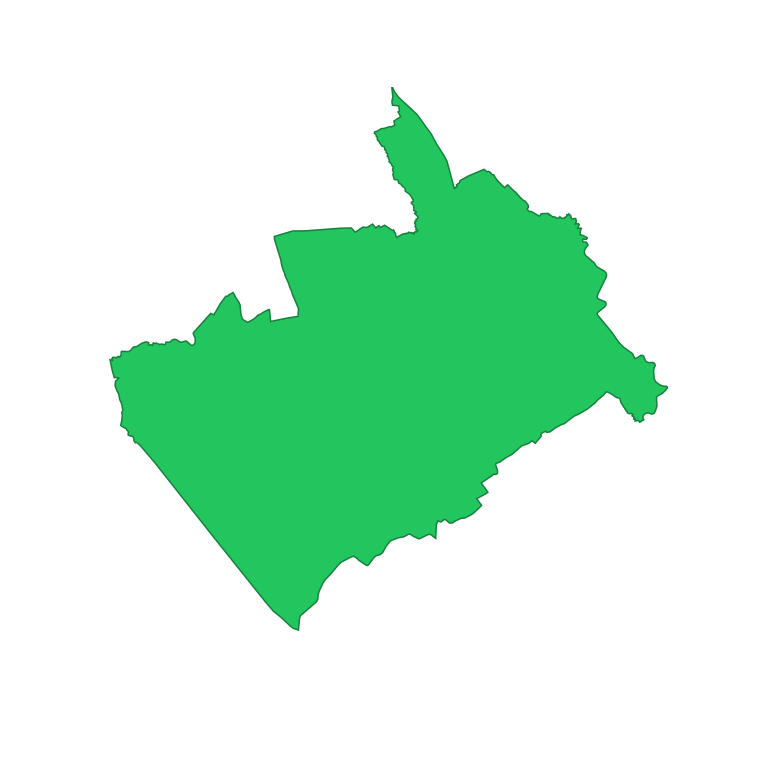 Chian Yai, Nakhon Si Thammarat, Thailand (orthographic projection), rotated 38°
{"feature_id": "78962969B18712329384624", "entity_name": "Chian Yai", "entity_type": "district", "adm_level": 2, "iso_a3": "THA", "parent_name": "Thailand", "parent_adm1": "Nakhon Si Thammarat", "projection": "orthographic", "projection_center": [100.156, 8.119], "detail": "fine", "context": "isolated", "style": "filled", "palette": "green", "viewbox_px": 768, "rotation_deg": 38, "n_neighbors": 0, "source": "geoboundaries", "source_scale": "gbopen_adm2", "svg_char_len": 6170}
<svg xmlns="http://www.w3.org/2000/svg" viewBox="0 0 768 768"><g transform="rotate(38 384 384)"><path d="M424.7,628.7L436.6,631.1L446.7,631.3L459.1,632.4L462.9,632.4L468.1,630.6L461.5,620.3L460.8,617.9L464.9,597.2L464.4,594.5L462.0,590.8L460.4,587.0L458.3,577.5L458.2,573.6L459.0,566.6L459.4,553.7L459.9,551.0L463.9,541.8L466.0,538.4L470.1,538.0L472.4,538.4L480.6,537.9L482.1,537.6L482.8,537.1L483.1,536.2L483.0,525.7L483.6,524.2L486.0,520.8L486.8,517.9L485.6,510.6L485.6,504.3L486.4,502.1L490.2,496.1L493.6,492.3L495.9,487.2L497.1,486.2L500.8,486.0L506.6,484.6L507.4,483.9L511.1,476.1L512.5,474.5L513.8,473.8L519.8,473.9L511.5,462.0L510.9,458.6L513.8,457.7L514.7,454.1L515.7,453.0L521.4,453.2L523.5,451.4L524.2,448.8L527.3,442.6L530.3,439.7L533.5,432.5L534.3,429.3L535.7,419.6L527.6,417.3L531.6,408.3L532.5,405.3L521.5,402.1L525.6,389.6L525.8,387.6L527.9,386.4L528.4,384.5L526.6,382.2L521.7,378.9L521.1,377.8L523.3,374.3L525.0,368.2L528.2,360.5L530.6,348.0L534.7,341.5L535.6,337.8L539.7,337.5L540.0,328.8L539.8,327.8L538.8,327.4L538.5,326.8L538.9,324.8L540.4,321.9L542.1,321.9L544.2,319.6L546.0,313.2L549.0,306.4L550.4,304.4L553.7,291.9L555.9,288.0L559.5,279.0L561.9,269.3L562.2,264.7L563.8,258.0L564.0,253.5L565.1,252.7L569.8,251.8L575.5,251.5L578.0,250.3L579.3,250.6L581.8,252.6L587.4,254.7L588.4,254.7L589.1,255.4L590.0,255.1L590.8,255.9L592.1,256.2L592.7,256.0L593.6,256.9L595.8,256.4L596.1,255.7L597.5,254.7L599.1,254.9L598.7,255.9L599.0,256.4L601.0,256.0L602.2,257.9L602.9,257.8L603.6,257.0L604.6,258.6L606.1,256.8L607.5,256.3L608.9,256.7L609.7,255.6L609.6,254.1L610.4,253.4L610.8,252.3L609.0,251.4L608.3,250.4L607.7,248.5L608.1,246.3L609.8,244.2L613.7,242.8L614.9,240.9L614.4,238.0L612.7,233.4L607.6,227.6L606.8,226.0L607.1,224.3L609.0,220.4L609.6,217.0L609.7,212.7L609.1,211.9L607.9,211.9L605.2,213.9L601.7,214.9L597.3,215.0L595.0,214.3L593.3,213.1L588.4,207.7L586.9,205.0L586.4,202.4L584.3,201.1L582.5,201.6L579.2,204.3L577.3,204.9L575.8,204.7L571.6,202.3L570.1,202.3L568.8,203.2L567.5,207.3L566.0,209.5L561.2,207.1L549.9,207.5L543.3,206.6L531.8,203.0L509.6,198.1L508.6,197.3L508.4,196.2L510.4,187.3L510.3,185.3L509.5,183.9L508.1,183.0L500.5,185.0L499.2,184.8L498.1,183.9L497.1,181.0L493.2,162.6L491.8,160.5L490.0,159.6L488.5,159.4L479.3,160.6L475.1,159.1L463.5,158.6L461.4,157.5L459.9,155.7L459.2,152.9L459.3,148.9L456.0,147.6L454.0,149.3L452.9,149.2L451.7,148.2L451.7,146.8L453.2,146.5L454.4,145.5L454.4,144.2L453.9,143.5L448.8,144.6L446.7,145.7L444.1,141.7L443.9,140.0L443.1,140.0L440.7,142.2L439.8,138.3L438.3,138.0L436.2,140.2L435.5,137.5L433.2,135.6L432.0,136.4L431.3,137.7L429.9,138.2L427.6,136.5L424.9,136.1L425.0,137.3L423.8,137.9L424.7,138.6L424.2,140.8L424.5,141.7L423.6,141.9L423.3,143.2L422.0,144.0L419.6,143.9L419.8,145.2L418.1,147.1L416.5,147.0L414.7,147.6L414.3,148.4L410.8,148.5L410.2,149.2L409.1,148.3L408.5,148.4L403.0,153.0L403.3,155.4L402.7,156.2L394.2,157.3L392.0,158.7L388.9,158.0L389.1,156.2L387.7,154.4L382.7,153.0L381.1,153.5L376.8,153.2L369.6,151.8L368.5,152.0L359.1,150.9L358.7,151.1L358.1,155.1L348.4,153.9L343.6,152.5L342.2,151.7L341.4,151.7L340.3,152.5L337.7,151.8L335.4,152.1L334.4,153.4L330.7,153.2L322.6,167.8L319.2,175.6L318.7,177.3L319.6,178.9L318.5,182.4L319.9,183.0L318.9,186.5L296.5,169.7L290.3,166.9L278.4,162.8L267.5,158.0L243.8,151.2L218.9,149.1L212.5,147.3L208.4,145.2L207.8,145.7L214.1,152.2L216.3,156.5L219.0,159.1L224.4,155.7L228.0,159.3L227.5,160.9L232.5,163.1L229.9,170.7L233.1,173.5L231.3,177.2L230.2,177.5L226.8,182.4L224.6,184.5L222.6,189.8L221.5,190.7L221.9,192.2L224.4,192.6L225.5,193.6L226.8,193.5L227.6,194.9L229.1,195.9L231.1,195.9L232.1,196.7L236.1,197.8L237.7,196.9L239.6,197.9L240.2,198.9L241.7,198.7L243.3,200.4L245.3,200.3L246.2,202.5L247.7,202.6L248.7,203.5L250.2,204.1L251.2,205.8L254.0,205.9L255.8,207.0L257.9,207.4L258.8,210.0L261.3,211.4L262.0,213.5L266.0,216.4L266.7,216.4L268.3,215.1L269.6,214.8L271.9,216.7L274.2,216.1L276.5,216.8L279.8,216.8L282.3,219.0L287.2,218.7L290.9,219.8L294.1,221.3L294.5,221.9L293.7,223.8L294.0,224.6L297.3,225.1L299.5,227.2L300.5,228.9L303.5,228.5L303.9,229.3L303.1,230.0L303.2,230.7L307.8,231.4L308.6,233.0L307.8,234.5L309.0,235.4L308.2,236.8L309.1,237.4L309.2,238.4L311.0,239.2L311.7,240.9L313.7,241.5L314.1,242.8L316.0,242.2L316.1,244.1L315.0,244.5L314.4,246.3L315.3,247.1L315.3,247.5L313.7,247.1L313.3,248.1L312.0,248.0L311.6,248.6L310.0,249.2L310.2,249.9L309.1,251.2L309.0,251.9L308.2,252.1L308.0,252.9L307.4,253.1L306.5,254.3L304.4,258.9L304.2,260.5L302.3,260.1L300.1,258.2L298.0,257.7L297.7,257.1L296.7,256.8L296.1,257.7L295.2,257.9L286.8,258.5L284.6,262.9L282.5,262.3L281.4,266.1L276.6,265.0L274.1,271.3L270.7,273.4L268.0,281.9L267.2,282.1L262.3,281.1L253.6,288.2L227.2,312.2L217.8,319.7L206.7,335.3L208.9,337.6L226.6,350.0L229.6,352.8L234.4,356.3L237.3,357.8L239.1,359.4L247.9,364.0L249.0,365.1L254.1,367.8L256.9,369.9L270.2,377.2L274.6,383.6L266.7,392.1L256.2,404.5L247.9,395.9L247.2,396.4L244.6,402.0L244.0,404.3L242.3,407.3L241.7,412.2L238.7,419.4L234.1,420.0L231.9,419.7L228.2,417.0L222.1,410.5L219.8,409.1L213.4,406.9L208.8,404.8L206.8,409.4L206.8,411.1L205.3,412.2L205.5,421.0L207.4,434.2L204.0,435.0L202.2,460.9L202.9,462.0L206.8,464.0L208.2,465.6L209.9,468.1L209.8,470.6L208.7,471.9L207.5,472.2L202.4,471.8L201.1,472.3L198.8,475.6L197.5,476.5L193.4,476.8L191.3,477.7L189.9,479.9L189.5,483.0L186.5,485.1L187.2,487.5L186.8,488.1L184.3,489.3L182.8,491.0L179.2,492.0L178.4,493.2L177.1,493.4L176.9,493.9L177.9,496.1L176.2,496.5L175.0,498.0L174.3,498.1L173.1,496.3L171.2,496.9L170.1,497.8L168.1,500.9L166.1,506.7L163.8,509.2L163.7,513.5L162.8,515.7L157.2,519.7L157.1,520.5L158.8,522.5L159.2,525.5L157.6,525.8L157.0,527.9L154.0,529.8L153.8,531.2L155.5,532.6L153.1,533.5L161.1,540.3L167.6,545.1L168.9,543.8L171.4,542.7L170.6,546.9L173.1,550.9L177.9,553.9L180.7,554.9L185.5,559.1L188.1,560.3L191.2,562.5L192.4,563.9L194.0,564.8L195.0,568.0L197.1,569.9L200.0,574.5L202.0,578.8L206.2,578.4L208.4,577.8L209.6,578.7L211.9,578.8L213.4,581.3L214.1,581.8L216.9,580.8L217.7,580.0L218.6,580.0L221.0,581.4L221.7,582.6L224.2,583.5L224.8,582.5L225.4,582.3L229.0,582.4L251.9,587.1L342.5,609.2L424.7,628.7Z" fill="#22c55e" stroke="#15803d" stroke-width="1.5"/></g></svg>